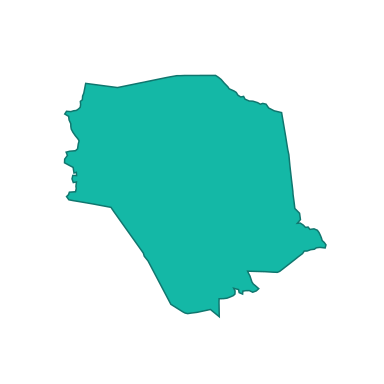 the district of São Bento do Una, Pernambuco, Brazil, rotated 285°
{"feature_id": "56859067B23894909261081", "entity_name": "São Bento do Una", "entity_type": "district", "adm_level": 2, "iso_a3": "BRA", "parent_name": "Brazil", "parent_adm1": "Pernambuco", "projection": "robinson", "projection_center": [-36.461, -8.539], "detail": "fine", "context": "isolated", "style": "filled", "palette": "teal", "viewbox_px": 384, "rotation_deg": 285, "n_neighbors": 0, "source": "geoboundaries", "source_scale": "gbopen_adm2", "svg_char_len": 2062}
<svg xmlns="http://www.w3.org/2000/svg" viewBox="0 0 384 384"><g transform="rotate(285 192 192)"><path d="M155.1,72.0L152.6,75.1L152.9,79.3L153.6,86.4L154.4,94.9L154.9,100.5L155.2,104.6L156.2,117.7L152.9,121.5L122.0,158.9L120.4,160.8L117.6,162.5L114.1,167.3L78.0,200.7L75.5,208.9L73.9,214.0L73.3,216.6L73.4,219.3L74.9,222.7L77.0,227.9L83.3,240.2L78.6,250.6L92.2,246.7L95.9,245.8L97.1,249.9L98.5,253.3L100.6,256.2L102.6,258.7L104.5,259.9L107.6,259.2L109.8,257.2L109.8,262.2L107.0,263.6L106.5,267.3L109.4,266.8L110.6,269.4L111.6,272.9L110.9,276.6L113.1,279.7L115.9,281.5L117.9,277.5L119.0,275.0L120.7,273.1L125.9,269.7L127.7,268.0L129.9,266.2L134.0,283.4L135.5,290.8L136.5,295.3L138.1,297.3L153.2,308.7L156.5,311.1L161.1,314.7L164.0,315.7L164.8,318.5L167.0,321.6L168.4,325.0L170.3,326.6L171.6,329.9L172.4,335.1L175.6,335.1L177.5,332.8L178.8,330.3L181.1,328.9L183.1,327.4L185.6,325.3L187.5,323.0L188.0,319.4L186.4,315.6L188.2,313.2L187.2,310.8L188.9,307.9L190.0,304.6L189.0,301.8L193.4,303.9L199.3,301.4L202.7,295.6L207.5,293.7L215.9,290.2L218.6,289.3L223.7,287.3L229.9,284.8L242.6,279.8L253.1,275.9L257.6,273.6L263.6,270.9L269.9,268.1L291.9,258.0L291.7,250.4L293.0,244.3L296.0,240.8L295.9,237.4L294.5,235.3L295.3,232.3L295.5,227.3L294.7,223.7L295.4,219.2L297.7,217.1L296.4,214.5L297.4,211.3L299.6,209.0L300.4,206.7L300.9,203.8L301.3,201.2L302.9,199.4L305.7,194.7L308.2,191.1L309.7,187.7L310.7,184.6L302.7,154.9L301.4,150.8L300.5,147.4L298.0,142.0L296.0,137.8L293.8,133.4L278.0,101.8L273.6,93.0L269.4,61.2L259.4,61.9L256.4,61.5L252.7,62.2L250.6,60.7L247.6,61.8L244.8,62.1L242.7,60.8L240.8,59.1L239.8,56.6L238.3,54.2L237.5,49.9L234.4,48.9L233.1,53.3L229.8,54.6L226.6,57.2L223.7,58.1L221.5,59.1L218.8,61.6L216.1,64.8L213.9,67.9L212.2,69.7L209.0,69.7L204.0,70.3L201.7,68.7L199.7,63.2L197.9,60.1L195.1,62.2L190.8,60.5L187.2,61.3L186.1,66.0L185.0,70.8L179.8,73.1L181.1,75.2L178.0,76.3L177.2,72.6L173.6,72.7L170.4,74.9L171.8,77.8L167.5,78.4L165.3,79.3L162.1,79.4L161.1,76.5L160.1,73.6L157.5,73.4L155.1,72.0Z" fill="#14b8a6" stroke="#0f766e" stroke-width="1.5"/></g></svg>